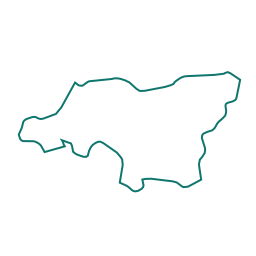 SVG path tracing the border of Sing Buri, rotated 274°
{"feature_id": "THA-414", "entity_name": "Sing Buri", "entity_type": "Province", "adm_level": 1, "iso_a3": "THA", "parent_name": "Thailand", "parent_adm1": "", "projection": "natural_earth1", "projection_center": [100.34, 14.946], "detail": "fine", "context": "isolated", "style": "outline", "palette": "teal", "viewbox_px": 256, "rotation_deg": 274, "n_neighbors": 0, "source": "natural_earth", "source_scale": "10m", "svg_char_len": 1716}
<svg xmlns="http://www.w3.org/2000/svg" viewBox="0 0 256 256"><g transform="rotate(274 128 128)"><path d="M71.9,147.5L70.1,147.2L68.2,145.8L65.9,142.2L65.3,139.7L65.6,137.7L66.3,136.4L69.0,132.8L70.1,131.0L70.7,129.6L72.9,123.6L90.7,125.3L96.2,124.4L98.6,122.6L102.8,118.5L111.3,104.3L112.3,101.8L112.4,101.4L112.3,99.8L111.8,98.5L111.0,97.0L110.2,95.8L108.2,93.6L106.9,92.7L105.6,92.0L102.6,90.8L97.5,89.8L96.3,88.2L96.2,85.5L97.8,79.4L99.1,76.7L100.5,74.9L106.2,73.4L108.6,72.2L111.2,62.9L109.8,63.9L106.7,65.2L105.3,66.2L98.2,46.5L104.5,42.3L105.8,40.8L107.1,38.5L107.9,36.4L108.2,34.3L107.6,24.0L108.4,22.4L109.7,21.1L113.8,19.5L120.9,22.1L126.8,23.1L128.3,24.1L129.8,25.9L132.2,31.7L132.6,33.8L132.4,35.4L131.7,36.8L131.2,38.3L130.9,40.0L131.1,41.6L131.6,43.2L137.0,55.1L144.0,60.1L169.6,72.0L167.1,75.9L166.9,77.3L167.0,79.6L171.2,84.7L171.9,86.0L175.7,108.0L176.6,111.2L176.8,113.6L176.6,116.6L175.4,121.7L173.5,126.3L167.9,133.4L166.3,136.1L165.8,137.6L166.2,141.8L171.4,161.5L173.4,167.0L175.1,170.3L177.1,171.4L178.5,172.9L180.9,175.9L181.6,176.9L182.6,178.8L183.1,179.8L183.7,182.1L187.0,210.4L188.8,219.8L189.7,221.1L190.7,223.6L189.7,226.4L183.9,236.5L165.0,234.0L163.4,233.1L161.8,230.5L160.4,226.5L159.8,225.3L159.0,224.2L158.8,224.0L158.5,223.9L157.3,223.7L155.7,223.9L152.4,224.7L149.8,224.7L147.1,224.1L143.9,221.4L140.4,217.9L138.3,216.5L134.6,214.8L132.7,213.4L131.4,211.9L129.6,207.2L128.1,204.5L127.2,203.2L125.6,202.5L123.1,202.4L113.4,206.2L111.3,206.5L108.4,206.2L105.0,204.4L103.0,203.1L101.5,201.9L96.5,201.3L81.6,204.6L73.8,192.2L73.3,190.0L72.9,187.4L73.4,186.1L77.1,180.4L77.9,176.3L79.0,154.7L78.4,148.9L77.6,145.9L71.9,147.5Z" fill="none" stroke="#0f766e" stroke-width="2"/></g></svg>